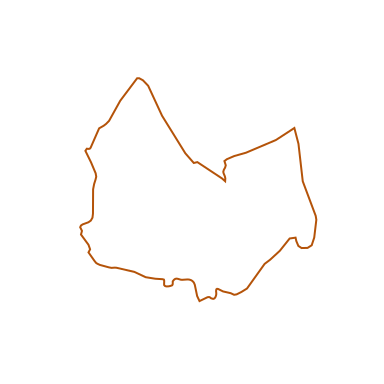 map outline of Al-Qādisiyyah (Mercator projection), rotated 227°
{"feature_id": "IRQ-3224", "entity_name": "Al-Qādisiyyah", "entity_type": "Province", "adm_level": 1, "iso_a3": "IRQ", "parent_name": "Iraq", "parent_adm1": "", "projection": "mercator", "projection_center": [44.995, 31.829], "detail": "fine", "context": "isolated", "style": "outline", "palette": "amber", "viewbox_px": 384, "rotation_deg": 227, "n_neighbors": 0, "source": "natural_earth", "source_scale": "10m", "svg_char_len": 1635}
<svg xmlns="http://www.w3.org/2000/svg" viewBox="0 0 384 384"><g transform="rotate(227 192 192)"><path d="M205.5,73.5L208.2,73.7L218.4,75.1L219.6,78.4L224.0,80.3L236.6,81.8L238.6,85.0L242.5,86.2L243.2,87.9L242.9,89.9L240.5,95.6L240.1,98.5L241.1,101.7L243.7,104.8L261.4,121.5L264.6,125.9L266.8,129.8L268.5,132.4L271.4,134.3L282.6,138.4L294.8,142.1L295.4,144.6L294.1,145.7L293.4,146.7L293.5,148.0L301.9,167.5L300.7,172.6L300.4,175.6L300.6,179.9L307.7,201.8L312.6,229.4L311.1,231.0L307.2,232.3L299.6,232.4L268.2,222.1L224.8,213.5L212.0,213.1L210.2,216.3L181.4,223.2L177.3,223.6L179.3,225.7L181.0,226.7L184.2,227.9L185.4,228.6L186.5,230.4L187.3,232.9L188.5,234.9L192.5,236.8L192.2,239.9L189.5,247.4L183.9,258.3L172.8,288.8L169.0,310.5L154.6,302.7L124.3,280.3L90.2,266.2L86.9,264.0L75.3,250.3L71.4,243.2L72.3,238.4L76.3,233.9L80.0,233.0L84.9,234.8L88.0,236.6L91.4,231.7L89.1,216.1L89.2,202.9L89.9,196.1L83.9,166.4L85.2,159.9L86.7,154.8L88.1,152.7L91.6,151.3L98.1,146.9L103.2,145.0L104.1,144.3L104.2,143.4L103.1,142.0L101.5,140.8L100.4,139.7L99.6,138.4L99.0,137.0L98.9,135.7L99.4,134.6L101.2,133.5L102.3,133.3L103.1,133.2L103.9,132.4L104.5,131.5L107.1,123.1L112.4,124.8L122.3,130.8L124.6,131.6L126.7,131.6L128.4,131.1L129.9,130.2L131.1,129.1L134.5,124.9L135.5,124.0L138.2,122.4L139.2,121.6L139.9,120.5L140.1,119.0L139.8,117.0L138.4,115.7L137.6,114.8L137.3,113.9L137.9,112.4L138.9,110.6L140.6,108.7L141.9,108.1L143.0,108.2L144.0,109.1L146.0,111.1L147.1,111.7L148.3,111.0L153.6,106.0L161.3,100.0L172.8,95.4L188.1,85.1L189.3,84.0L191.4,81.4L193.6,79.8L201.5,74.9L204.0,73.9L205.5,73.5Z" fill="none" stroke="#b45309" stroke-width="2"/></g></svg>